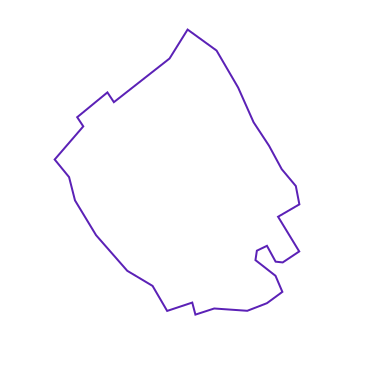 outline of Zarbdar, Jizzakh, Uzbekistan, rotated 234°
{"feature_id": "79887680B43682608044415", "entity_name": "Zarbdar", "entity_type": "district", "adm_level": 2, "iso_a3": "UZB", "parent_name": "Uzbekistan", "parent_adm1": "Jizzakh", "projection": "mercator", "projection_center": [68.136, 40.115], "detail": "fine", "context": "isolated", "style": "outline", "palette": "violet", "viewbox_px": 384, "rotation_deg": 234, "n_neighbors": 0, "source": "geoboundaries", "source_scale": "gbopen_adm2", "svg_char_len": 573}
<svg xmlns="http://www.w3.org/2000/svg" viewBox="0 0 384 384"><g transform="rotate(234 192 192)"><path d="M135.8,279.5L157.7,278.0L184.1,281.5L212.2,282.8L249.3,290.7L292.0,295.0L326.0,283.9L313.2,252.3L310.6,181.6L322.3,182.1L320.0,143.1L309.0,142.6L299.0,100.0L276.3,101.3L254.0,92.4L213.4,89.0L166.3,93.3L139.2,104.9L110.4,102.0L102.4,127.2L90.8,122.7L84.7,141.5L63.4,166.9L58.0,187.3L58.1,206.4L75.1,210.3L99.6,203.3L106.4,210.0L104.4,221.0L86.5,218.7L81.7,224.0L80.9,243.8L121.4,247.1L118.9,271.6L135.8,279.5Z" fill="none" stroke="#5b21b6" stroke-width="2"/></g></svg>